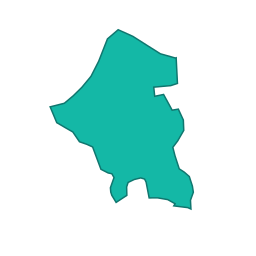 Seo-gu [West District], Incheon, South Korea, rotated 342°
{"feature_id": "91817680B73279111808647", "entity_name": "Seo-gu [West District]", "entity_type": "district", "adm_level": 2, "iso_a3": "KOR", "parent_name": "South Korea", "parent_adm1": "Incheon", "projection": "albers", "projection_center": [126.657, 37.545], "detail": "fine", "context": "isolated", "style": "filled", "palette": "teal", "viewbox_px": 256, "rotation_deg": 342, "n_neighbors": 0, "source": "geoboundaries", "source_scale": "gbopen_adm2", "svg_char_len": 893}
<svg xmlns="http://www.w3.org/2000/svg" viewBox="0 0 256 256"><g transform="rotate(342 128 128)"><path d="M60.5,83.8L61.9,100.9L69.1,109.0L74.3,114.7L77.6,126.1L83.8,130.8L88.5,135.1L89.5,158.9L95.2,164.6L98.5,166.5L99.4,170.8L92.8,179.4L91.8,183.6L91.8,187.0L93.7,195.1L106.1,191.7L108.5,183.6L111.3,179.8L118.0,178.9L124.7,179.4L128.0,181.7L128.5,185.1L126.5,201.0L134.6,203.6L143.7,208.4L149.4,214.6L147.5,216.2L153.2,218.9L160.3,222.2L162.8,224.5L165.1,216.0L170.3,209.3L171.3,203.1L171.3,193.1L167.9,187.4L164.1,182.7L164.1,168.9L164.6,161.3L164.6,160.3L171.3,155.6L175.5,151.8L180.3,147.5L183.1,137.5L181.7,125.6L175.5,124.7L172.2,107.1L163.2,106.1L165.1,97.1L181.7,100.9L188.8,100.9L195.5,76.1L194.7,76.1L181.7,67.4L170.8,54.3L161.0,42.4L149.0,31.5L136.0,36.9L120.8,55.4L108.8,67.4L96.8,75.0L86.0,80.4L75.1,84.8L60.5,83.8Z" fill="#14b8a6" stroke="#0f766e" stroke-width="1.5"/></g></svg>